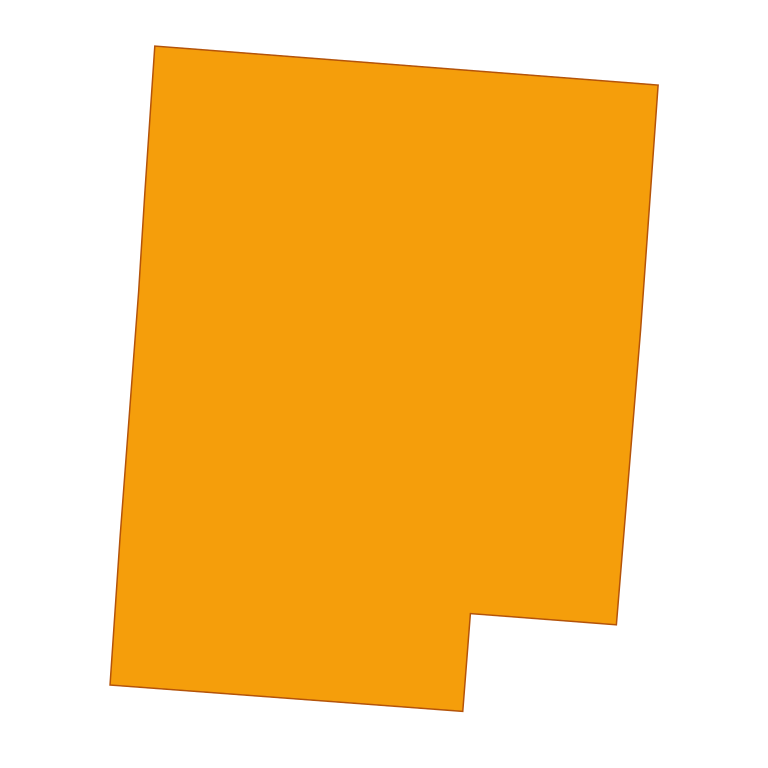 Greenwood, Kansas, United States of America, rotated 184°
{"feature_id": "52423323B21411074384100", "entity_name": "Greenwood", "entity_type": "district", "adm_level": 2, "iso_a3": "USA", "parent_name": "United States of America", "parent_adm1": "Kansas", "projection": "albers", "projection_center": [-96.223, 37.888], "detail": "fine", "context": "isolated", "style": "filled", "palette": "amber", "viewbox_px": 768, "rotation_deg": 184, "n_neighbors": 0, "source": "geoboundaries", "source_scale": "gbopen_adm2", "svg_char_len": 300}
<svg xmlns="http://www.w3.org/2000/svg" viewBox="0 0 768 768"><g transform="rotate(184 384 384)"><path d="M282.6,62.9L281.8,161.0L135.4,160.0L131.8,455.0L131.4,701.3L636.2,705.1L635.9,557.7L635.2,458.7L636.6,212.3L636.3,64.6L282.6,62.9Z" fill="#f59e0b" stroke="#b45309" stroke-width="1.5"/></g></svg>